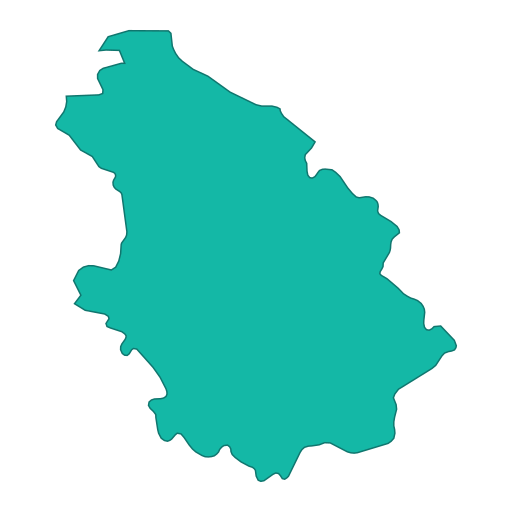 Haute-Marne, Equal Earth projection
{"feature_id": "FRA-5300", "entity_name": "Haute-Marne", "entity_type": "Metropolitan department", "adm_level": 1, "iso_a3": "FRA", "parent_name": "France", "parent_adm1": "", "projection": "equal_earth", "projection_center": [5.241, 48.141], "detail": "fine", "context": "isolated", "style": "filled", "palette": "teal", "viewbox_px": 512, "rotation_deg": 0, "n_neighbors": 0, "source": "natural_earth", "source_scale": "10m", "svg_char_len": 3286}
<svg xmlns="http://www.w3.org/2000/svg" viewBox="0 0 512 512"><path d="M128.8,30.7L168.4,30.9L170.9,33.3L172.3,46.1L173.6,49.5L175.6,53.5L178.6,57.8L182.2,61.2L193.2,69.4L207.9,76.2L230.0,92.1L255.9,104.7L261.8,106.1L272.0,106.1L277.0,107.3L280.0,108.9L280.1,109.6L280.2,110.7L281.4,113.3L283.7,116.7L315.1,141.9L311.5,148.0L305.3,154.6L304.7,157.8L305.3,160.6L306.7,163.4L307.0,171.1L307.8,175.2L309.7,177.6L312.2,178.1L314.9,176.7L316.5,174.6L318.0,172.4L319.5,170.5L322.4,169.3L325.2,169.1L332.0,169.8L335.6,172.3L340.1,176.6L347.7,187.9L352.3,193.4L356.2,197.0L359.2,197.8L365.6,196.8L369.1,196.9L373.2,198.2L375.6,200.2L376.9,201.5L377.6,203.0L378.0,204.5L378.2,206.6L377.6,210.8L377.8,211.7L378.6,213.6L380.7,215.4L391.1,221.6L397.1,226.5L399.1,229.9L399.4,232.8L394.4,236.8L392.2,239.1L391.1,241.8L390.7,244.4L390.5,248.2L390.1,250.3L389.4,252.5L383.2,262.9L383.0,266.6L381.6,269.4L380.2,271.6L379.8,273.7L381.3,275.4L387.2,278.9L398.2,288.3L403.4,293.7L407.4,296.3L410.8,298.1L414.1,299.1L417.6,300.6L421.2,303.5L423.1,306.3L424.3,309.2L424.7,312.3L423.8,320.4L423.7,323.5L424.5,327.3L426.5,329.7L429.2,330.2L431.9,328.8L434.1,326.6L440.7,326.0L454.3,340.3L456.3,345.7L455.9,347.7L454.5,349.9L451.6,351.0L448.4,351.6L444.5,353.1L441.9,355.9L435.7,365.4L431.9,368.5L398.5,389.2L394.8,394.0L393.4,397.8L396.1,404.6L396.6,409.2L394.6,417.1L393.8,421.8L393.8,425.9L394.6,429.5L394.9,433.2L393.8,438.3L391.1,441.3L388.1,443.4L357.4,452.7L354.1,453.1L350.8,452.8L347.3,451.8L330.2,442.9L324.6,442.7L319.2,444.8L311.7,445.9L308.5,446.1L304.5,447.3L302.0,449.5L300.1,452.4L289.9,473.3L288.5,476.2L286.9,477.8L284.7,479.2L282.3,478.6L280.4,475.6L278.5,473.5L275.7,473.0L273.0,474.3L264.0,480.7L260.8,481.3L258.2,480.2L256.2,476.1L255.4,470.3L254.3,468.7L252.5,467.3L248.9,466.1L241.0,461.9L235.2,457.5L232.2,454.5L231.0,451.6L230.8,449.0L229.7,446.8L227.5,445.1L223.8,445.6L221.6,447.2L219.6,449.5L218.6,451.9L216.7,454.0L214.3,455.8L211.4,456.6L208.3,456.9L205.1,456.7L202.0,455.5L195.8,451.9L192.5,449.0L189.2,445.0L184.1,437.5L181.0,433.9L177.2,433.2L175.2,434.9L171.6,439.1L169.9,440.3L167.5,441.2L164.4,440.5L161.2,438.2L158.6,433.2L157.7,429.4L155.9,417.6L155.8,415.1L155.8,414.6L153.4,411.4L150.2,408.4L148.5,405.4L149.1,402.0L151.4,400.0L154.4,399.0L160.6,398.7L163.5,398.1L166.0,396.5L167.0,394.2L166.9,391.6L166.0,388.8L160.1,377.3L153.1,367.4L136.8,349.1L133.5,348.5L131.7,349.7L129.2,353.8L127.2,355.4L124.6,355.2L122.3,353.5L120.6,349.7L120.7,346.6L121.9,343.9L125.2,339.3L126.0,337.3L126.1,335.7L124.7,333.8L121.8,331.7L110.5,328.0L107.0,326.5L106.0,323.5L109.0,318.7L108.3,316.3L104.7,314.0L85.2,310.3L74.5,303.7L80.9,295.2L73.6,280.6L78.7,270.5L83.4,267.1L88.5,265.7L93.7,265.8L111.3,270.0L115.7,267.2L118.8,261.0L120.6,253.7L121.2,244.5L121.6,243.1L125.6,237.5L126.6,235.1L126.9,231.8L121.9,194.5L121.1,192.8L119.8,191.6L116.0,189.2L114.3,187.4L113.2,185.1L113.0,182.2L113.6,180.2L115.5,176.9L115.6,175.0L114.8,173.3L113.4,172.3L101.3,168.3L98.9,166.6L92.3,156.5L80.6,150.0L69.2,135.2L57.7,128.5L55.7,125.0L56.6,121.7L63.8,111.9L65.8,106.9L66.7,101.6L66.3,96.2L98.8,94.9L102.7,93.5L103.0,89.7L97.6,78.5L97.6,74.4L99.8,70.5L103.2,68.3L121.3,63.3L124.7,63.3L119.4,50.4L106.0,50.0L99.1,50.7L108.2,36.7L128.8,30.7Z" fill="#14b8a6" stroke="#0f766e" stroke-width="1.5"/></svg>